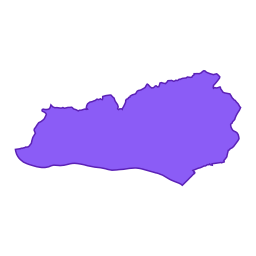 Pojejena, Caras-Severin, Romania (Mercator projection)
{"feature_id": "2599482B98015240741621", "entity_name": "Pojejena", "entity_type": "district", "adm_level": 2, "iso_a3": "ROU", "parent_name": "Romania", "parent_adm1": "Caras-Severin", "projection": "mercator", "projection_center": [21.532, 44.807], "detail": "fine", "context": "isolated", "style": "filled", "palette": "violet", "viewbox_px": 256, "rotation_deg": 0, "n_neighbors": 0, "source": "geoboundaries", "source_scale": "gbopen_adm2", "svg_char_len": 4712}
<svg xmlns="http://www.w3.org/2000/svg" viewBox="0 0 256 256"><path d="M240.6,107.5L239.7,106.6L238.2,103.9L236.2,101.8L235.2,100.4L234.3,100.1L233.8,99.5L233.3,98.9L232.7,98.4L232.2,97.8L231.6,96.8L231.1,95.8L230.5,94.9L229.9,93.9L224.6,92.9L223.0,92.2L222.4,91.3L221.8,90.4L221.2,89.5L220.6,88.7L220.4,87.4L220.0,86.9L217.8,87.7L216.2,88.0L214.7,87.6L213.5,88.3L213.2,87.5L213.5,85.4L215.2,83.6L215.7,83.0L216.6,81.9L217.5,80.8L219.2,78.5L219.5,78.1L219.8,76.8L217.7,74.6L216.7,73.8L213.4,74.6L210.1,73.7L206.5,72.3L205.1,71.0L203.9,70.7L202.5,71.5L201.2,72.8L199.3,73.7L198.0,73.6L196.7,73.6L195.4,73.7L194.1,73.7L194.1,74.7L192.6,75.9L191.8,77.2L190.4,77.4L187.4,77.0L186.0,78.0L182.8,78.3L182.1,78.5L181.5,78.7L180.8,79.0L180.2,79.4L179.2,79.2L178.1,80.2L177.1,80.6L175.9,80.2L174.5,81.1L173.5,81.3L173.0,81.0L172.5,80.8L172.0,80.6L171.5,80.4L170.8,80.5L170.2,80.6L169.5,80.6L168.8,80.6L167.8,80.8L167.2,81.9L166.7,82.3L166.3,82.7L165.9,83.1L165.6,83.6L162.9,83.1L161.4,82.6L160.0,83.0L159.7,84.0L159.5,84.9L159.1,85.8L158.8,86.7L157.5,86.9L156.1,85.8L155.3,86.0L154.8,86.5L154.3,87.0L153.8,87.4L153.2,87.8L151.5,87.9L151.1,87.5L150.7,87.2L150.2,86.9L149.8,86.5L149.5,86.1L149.1,85.7L148.7,85.3L148.4,84.8L147.2,84.1L146.5,85.0L145.1,87.5L144.0,88.2L142.8,88.9L141.7,89.5L140.5,90.1L138.3,90.5L137.1,91.3L135.6,93.8L134.2,94.3L132.4,94.8L131.0,95.6L130.1,96.2L129.8,97.2L128.6,97.5L128.0,98.7L126.4,99.3L125.7,100.4L125.6,102.1L125.4,102.7L124.8,104.1L124.1,105.5L123.4,106.9L122.6,108.2L122.3,109.4L121.5,108.8L119.7,108.9L118.6,109.6L117.6,108.8L118.2,106.8L117.5,104.6L115.7,102.0L114.9,100.6L114.1,98.1L113.7,97.8L113.3,97.5L112.9,97.1L112.5,96.7L112.1,96.3L111.7,95.9L111.4,95.5L111.0,95.1L110.2,95.0L105.8,95.6L102.7,96.5L102.7,98.5L102.4,99.6L101.3,99.4L100.4,98.8L99.9,99.1L99.4,99.3L98.8,99.5L98.3,99.6L97.0,99.1L95.0,100.6L94.3,100.7L93.6,101.0L92.9,101.3L92.3,101.6L89.8,102.1L87.6,103.8L86.7,105.7L86.2,108.2L87.2,108.7L87.5,109.2L86.5,109.4L84.5,109.1L81.2,110.2L79.5,110.2L78.3,110.9L77.1,110.3L76.0,109.7L74.8,109.3L73.5,108.9L72.3,107.6L71.5,107.2L70.7,107.3L69.8,107.4L68.9,107.4L68.0,107.4L64.4,108.3L62.9,107.5L62.4,107.8L61.8,108.0L61.2,108.1L60.6,108.1L60.4,108.1L57.1,107.6L54.7,107.7L52.7,106.8L50.9,104.9L50.7,105.7L50.5,106.5L50.2,107.3L49.9,108.0L48.7,109.2L46.6,109.5L45.9,109.5L45.2,109.5L44.6,109.4L43.9,109.3L43.2,109.1L42.3,109.5L42.0,110.2L42.3,111.2L43.3,111.6L44.2,112.1L45.1,112.7L45.9,113.4L46.3,114.6L44.4,118.6L43.4,119.7L41.1,121.5L38.7,122.7L37.9,123.8L37.1,124.9L36.4,126.0L35.7,127.2L34.4,128.8L34.1,130.1L34.4,130.9L34.7,131.6L35.0,132.4L35.4,133.2L34.7,134.3L34.0,135.5L33.3,136.6L32.7,137.8L32.3,139.2L31.9,140.6L31.6,142.0L31.3,143.4L30.0,144.9L29.7,145.6L29.0,146.2L28.4,146.7L28.1,146.9L27.4,147.0L26.7,147.2L26.4,147.1L25.8,147.0L25.5,147.1L25.3,147.3L24.6,147.6L24.1,147.8L23.8,147.9L23.4,147.9L23.0,148.0L22.5,148.3L22.3,148.2L22.0,148.2L21.5,148.2L20.9,148.4L20.8,148.6L20.6,148.7L20.2,148.6L19.7,148.8L15.4,149.4L15.7,151.2L16.6,154.1L17.7,156.2L18.9,158.0L20.4,159.6L23.5,162.1L24.8,162.7L27.0,163.7L29.2,164.5L33.5,165.8L36.7,166.7L40.2,167.3L41.8,167.5L45.1,167.5L48.7,166.8L51.1,165.8L52.5,165.4L54.0,165.1L54.5,165.2L56.4,165.3L59.3,165.5L60.0,165.6L63.2,165.3L64.1,165.2L66.8,164.6L70.5,163.7L72.5,163.4L74.6,163.3L77.8,163.6L80.9,164.1L84.3,164.8L87.5,165.7L93.2,166.8L94.8,167.1L98.4,167.5L100.4,167.7L102.9,168.2L105.8,168.8L107.1,169.2L108.2,169.5L112.0,170.2L116.7,169.9L119.0,169.6L123.4,169.3L129.3,168.4L134.6,168.0L136.2,168.0L137.9,168.2L139.5,168.4L142.2,169.0L153.6,172.2L154.6,172.5L155.5,172.8L157.1,173.1L159.0,173.7L159.8,174.1L162.6,175.1L166.8,177.6L169.5,179.2L171.3,180.1L174.9,181.6L178.8,183.1L181.0,184.2L181.2,184.4L182.3,185.3L188.1,179.6L189.7,177.9L191.5,176.2L192.1,175.5L193.0,174.6L194.1,173.7L194.5,173.5L194.1,172.7L194.7,172.4L194.5,172.0L194.4,172.0L192.9,170.4L193.7,170.1L198.3,168.2L200.0,167.8L200.6,167.6L201.2,167.3L201.6,167.2L204.0,166.0L205.1,166.0L205.6,165.8L206.0,165.6L206.5,165.3L206.9,165.0L207.2,164.7L208.8,164.7L209.2,164.3L209.7,164.0L210.3,164.8L210.8,164.9L211.3,165.0L211.8,165.1L212.3,165.2L212.1,163.8L220.9,162.5L221.5,162.8L224.2,161.9L223.9,160.4L224.7,159.6L225.4,158.7L226.1,157.8L226.8,156.8L227.1,155.2L227.5,153.5L227.9,151.9L228.3,150.3L229.4,149.9L230.1,148.8L232.1,147.8L233.6,146.5L237.7,141.0L239.0,138.8L238.8,137.1L238.2,134.7L237.1,132.9L235.6,131.8L234.8,131.5L234.1,131.1L233.4,130.7L232.8,130.3L232.2,129.4L231.7,128.6L231.3,127.7L230.9,126.7L230.6,124.7L231.0,123.8L232.1,123.1L232.5,121.9L234.7,119.5L235.0,118.5L235.3,117.6L235.7,116.7L236.1,115.7L236.8,114.4L237.6,113.0L238.4,111.7L239.3,110.4L240.6,107.5Z" fill="#8b5cf6" stroke="#5b21b6" stroke-width="1.5"/></svg>